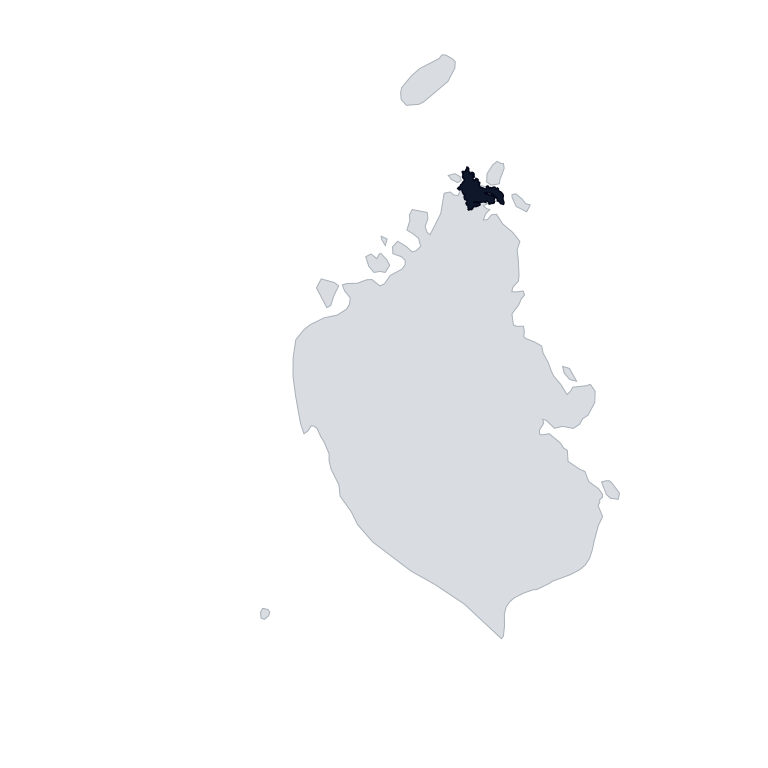 Haenam-gun, South Jeolla, South Korea shown in context, rotated 157°
{"feature_id": "91817680B93885607227135", "entity_name": "Haenam-gun", "entity_type": "district", "adm_level": 2, "iso_a3": "KOR", "parent_name": "South Korea", "parent_adm1": "South Jeolla", "projection": "natural_earth1", "projection_center": [126.514, 34.528], "detail": "fine", "context": "in_parent", "style": "filled", "palette": "ink", "viewbox_px": 768, "rotation_deg": 157, "n_neighbors": 0, "source": "geoboundaries", "source_scale": "gbopen_adm2", "svg_char_len": 5835}
<svg xmlns="http://www.w3.org/2000/svg" viewBox="0 0 768 768"><g transform="rotate(157 384 384)"><path d="M231.8,190.5L234.4,188.6L234.5,185.8L234.5,176.6L241.8,170.2L252.1,157.1L257.1,149.9L262.9,143.2L269.5,138.7L276.1,136.6L286.4,135.7L306.1,136.6L310.0,135.8L323.7,135.1L327.0,136.3L336.9,137.0L348.0,136.2L353.5,134.3L358.7,131.0L363.2,125.0L367.7,114.0L372.6,105.3L375.5,103.7L396.0,149.9L415.6,179.7L432.3,201.3L456.1,242.9L463.3,265.1L464.0,278.9L468.2,297.9L464.9,308.8L466.0,325.9L464.6,334.7L461.8,341.2L461.8,353.7L462.8,360.4L463.0,369.2L464.9,372.6L467.6,373.9L471.9,370.7L477.1,369.4L476.3,380.0L470.2,406.9L464.8,426.5L457.4,443.6L447.9,459.2L436.5,465.3L428.4,467.5L413.0,468.3L400.1,465.7L389.1,467.6L384.7,470.8L381.4,476.4L383.9,485.1L383.6,491.5L378.9,491.0L369.5,487.2L359.2,486.7L354.3,484.9L349.4,475.8L344.4,476.1L335.8,481.5L322.5,482.7L317.8,485.7L316.2,489.4L318.1,494.2L324.9,500.5L322.6,506.9L315.7,510.1L310.0,502.3L306.5,494.6L302.6,494.1L296.5,496.3L295.3,504.6L298.2,510.3L302.8,516.8L296.3,524.3L294.6,529.7L289.9,533.6L277.2,525.0L279.0,518.9L284.5,513.1L285.2,507.0L283.3,503.4L265.2,518.7L254.1,536.1L248.1,534.9L245.6,530.4L242.1,528.6L230.0,539.8L227.8,548.7L223.4,549.0L221.4,545.3L221.3,537.2L219.2,530.4L206.7,520.5L201.0,511.9L204.0,507.0L214.5,509.6L222.8,509.3L221.1,505.2L218.4,503.3L223.9,500.9L228.5,496.2L224.7,494.9L218.9,497.7L214.1,496.3L212.2,485.0L206.3,473.4L203.2,462.1L209.0,455.6L212.0,445.5L217.4,430.9L220.1,426.2L227.6,422.7L230.3,419.0L226.1,417.0L219.6,415.3L219.8,411.1L224.2,408.8L229.2,404.1L238.9,398.5L241.8,387.8L239.1,385.1L233.0,382.6L234.4,377.2L236.9,373.1L235.9,370.7L228.8,363.7L224.1,357.4L225.5,350.2L224.4,339.3L225.0,330.2L224.7,325.2L221.3,314.1L219.7,302.9L215.1,304.5L211.5,307.3L198.3,303.3L194.2,303.1L192.5,294.8L197.2,284.6L208.4,275.6L214.8,274.4L219.6,270.5L227.2,269.2L236.2,275.3L244.4,276.6L248.9,287.1L251.7,289.4L252.3,285.5L258.8,280.9L260.4,277.5L258.9,275.6L251.4,273.7L244.6,260.6L243.7,254.9L241.2,251.3L244.8,240.8L237.0,228.8L233.2,225.1L233.7,214.3L229.6,207.5L227.4,203.7L226.0,197.3L227.2,194.4L230.7,193.2L231.8,190.5ZM206.1,662.0L202.3,664.3L198.8,662.9L197.9,661.8L193.6,655.9L192.5,652.8L195.4,647.0L207.0,637.5L237.2,628.2L242.6,627.8L254.5,631.8L257.0,639.2L254.9,645.5L252.1,649.8L238.3,657.0L227.6,660.5L206.1,662.0ZM408.6,498.9L400.7,505.3L390.0,496.7L387.4,492.0L395.5,485.0L402.3,477.1L406.8,476.6L408.6,498.9ZM352.0,498.1L351.1,508.3L345.2,508.8L341.6,502.2L337.8,505.4L335.9,505.5L332.9,497.4L332.4,491.0L339.3,486.2L343.5,489.1L349.6,490.6L352.0,498.1ZM198.4,543.2L193.0,544.8L190.0,541.2L187.9,540.3L189.1,535.6L197.8,526.4L199.5,523.2L207.6,525.1L210.6,530.0L206.9,537.4L198.4,543.2ZM222.4,195.2L222.1,208.8L217.5,208.2L214.4,206.9L213.0,204.2L209.9,191.5L213.4,186.3L220.2,190.4L222.4,195.2ZM193.2,505.9L192.1,508.4L188.4,507.6L184.7,500.5L183.2,494.8L179.4,491.7L185.4,486.8L192.9,495.7L193.2,505.9ZM213.9,323.7L212.7,330.4L207.2,325.9L205.6,311.3L211.3,315.5L213.9,323.7ZM587.1,221.8L583.4,224.9L578.9,221.8L578.3,218.6L580.6,215.8L586.0,214.1L588.6,216.5L587.1,221.8ZM242.0,545.9L243.4,550.9L236.6,549.9L233.0,545.2L233.5,541.1L237.5,540.6L242.0,545.9ZM329.7,517.9L328.8,521.1L324.5,516.2L328.7,510.9L329.7,517.9Z" fill="#d9dde1" stroke="#a8b0b8" stroke-width="1"/><path d="M235.6,510.4L234.2,510.6L233.2,511.6L232.1,512.1L231.2,511.9L229.9,511.3L228.6,511.2L225.8,511.3L225.2,512.1L225.6,512.9L226.0,513.4L226.5,513.9L227.3,514.4L229.1,515.3L231.2,516.5L229.6,516.4L228.0,515.9L225.7,514.5L225.0,514.2L223.8,513.4L222.8,513.2L221.6,513.0L220.6,512.3L219.3,511.4L219.2,512.2L218.5,512.6L217.7,512.3L217.3,511.5L216.2,509.9L216.9,509.3L217.0,508.6L216.2,508.3L214.2,508.2L213.0,507.6L211.8,507.7L211.0,508.9L211.1,510.0L210.8,510.6L209.4,511.8L209.3,513.2L210.5,515.0L211.6,516.1L213.3,517.1L214.1,517.7L216.0,519.4L216.7,520.5L215.0,520.5L214.1,519.6L212.1,518.5L211.1,517.8L210.5,517.0L210.1,516.5L209.3,514.8L207.8,511.8L207.4,509.8L207.9,508.9L207.9,508.2L207.2,507.3L206.4,506.7L206.3,504.7L205.0,503.6L203.8,502.7L203.2,503.3L202.6,504.4L202.5,505.5L202.4,507.3L201.5,509.4L200.7,510.5L200.4,511.6L200.7,513.1L201.0,514.2L201.5,515.2L202.5,516.2L202.8,516.9L202.8,518.2L202.5,519.1L203.0,520.1L204.5,520.0L204.9,520.9L205.1,522.0L206.1,522.4L207.3,522.4L208.1,522.4L209.2,523.0L209.6,523.6L211.1,523.6L210.8,525.4L211.5,525.9L212.5,525.7L213.0,524.4L214.0,523.8L214.7,523.8L215.7,524.9L216.1,525.5L217.0,526.3L218.3,527.5L218.8,528.4L218.8,529.9L217.8,530.9L217.2,532.1L218.0,532.8L218.2,534.2L217.6,535.0L217.6,535.4L217.9,536.0L218.4,536.9L219.1,537.2L219.4,536.6L220.3,536.5L221.1,535.9L221.7,536.5L222.0,537.8L221.9,538.5L221.6,539.0L221.2,539.4L220.9,539.7L220.0,539.3L219.9,540.3L220.2,540.9L220.7,541.7L220.3,542.0L219.3,541.5L219.0,542.5L219.3,543.4L219.8,544.2L220.5,544.5L221.1,544.0L221.9,543.7L222.3,543.9L222.4,545.0L222.8,546.1L223.1,546.7L222.9,547.6L222.4,548.2L221.9,548.8L221.9,549.3L222.2,550.8L223.0,551.2L223.2,550.7L223.5,550.0L224.1,549.8L224.8,549.2L225.6,548.4L225.7,547.9L226.5,547.9L227.3,548.0L227.7,548.4L228.7,549.0L229.2,548.7L229.2,547.8L229.3,546.9L229.5,545.6L229.7,545.3L230.4,544.6L230.8,544.0L230.9,543.2L230.3,542.0L230.3,541.3L230.4,540.3L230.8,539.8L231.5,539.2L232.2,539.1L233.0,538.9L233.2,538.3L233.9,537.8L234.8,537.6L235.5,537.5L236.0,536.9L237.1,535.9L238.0,535.9L238.5,535.8L239.1,535.5L239.8,535.2L238.9,533.2L237.0,533.2L236.4,532.8L236.6,531.6L236.8,530.4L236.8,529.6L236.7,528.4L236.6,527.2L235.9,526.8L235.8,525.9L236.3,525.4L237.2,525.0L237.3,524.3L237.5,522.8L237.4,522.1L236.5,521.4L235.9,520.7L236.1,519.4L236.8,519.0L237.8,518.6L238.0,516.9L237.9,516.4L236.8,515.8L237.0,514.8L237.5,514.3L237.7,512.6L238.4,511.8L238.2,511.3L237.9,510.9L236.9,511.4L236.0,511.1L235.6,510.5L235.6,510.4Z" fill="#0f172a" stroke="#020617" stroke-width="1.5"/></g></svg>